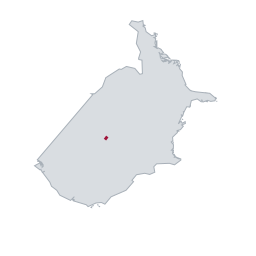 Banner, Nebraska, United States of America (highlighted), rotated 307°
{"feature_id": "52423323B1452936307731", "entity_name": "Banner", "entity_type": "district", "adm_level": 2, "iso_a3": "USA", "parent_name": "United States of America", "parent_adm1": "Nebraska", "projection": "orthographic", "projection_center": [-103.858, 41.546], "detail": "fine", "context": "in_parent", "style": "filled", "palette": "rose", "viewbox_px": 256, "rotation_deg": 307, "n_neighbors": 0, "source": "geoboundaries", "source_scale": "gbopen_adm2", "svg_char_len": 3857}
<svg xmlns="http://www.w3.org/2000/svg" viewBox="0 0 256 256"><g transform="rotate(307 128 128)"><path d="M200.5,83.8L211.1,78.2L211.4,66.7L215.9,66.5L218.7,72.4L222.7,75.2L219.3,78.5L219.6,79.7L218.4,78.7L218.3,81.5L215.8,84.5L215.9,91.4L218.7,93.2L219.9,92.3L219.1,91.4L219.7,91.7L220.3,92.9L217.0,95.3L215.8,94.3L216.1,96.3L212.0,98.4L209.5,102.1L209.4,100.6L208.8,99.9L209.0,103.5L210.1,103.7L210.7,106.6L209.6,111.0L206.5,109.6L207.2,106.9L206.1,109.0L207.5,111.3L208.9,112.3L209.6,113.9L208.4,120.7L208.2,116.8L204.9,114.1L205.3,109.9L203.4,111.8L205.8,116.9L203.1,116.1L202.4,116.5L202.6,114.6L202.4,114.1L202.0,115.6L202.3,116.8L206.3,117.7L205.8,119.0L203.8,117.6L203.1,117.5L205.6,119.1L206.6,119.2L206.5,120.8L205.2,120.1L207.4,121.6L207.1,122.0L206.0,121.2L203.7,121.4L206.9,122.5L208.5,121.9L211.6,126.3L209.0,123.0L210.2,125.3L206.9,125.8L209.8,127.5L210.8,126.4L210.0,129.2L206.7,129.4L208.9,129.9L207.6,131.6L209.7,131.8L206.4,133.5L205.5,137.7L202.5,139.7L197.7,148.1L196.7,147.6L195.5,154.4L195.6,155.9L197.6,160.2L204.9,172.4L204.5,180.0L202.1,181.1L199.0,178.0L198.0,174.9L193.8,172.2L194.8,170.2L193.0,170.7L192.9,165.8L188.0,162.1L181.9,164.7L180.3,162.1L174.0,163.2L174.6,162.0L173.7,163.3L170.9,164.3L170.5,162.2L170.3,163.8L161.6,165.7L165.4,166.2L164.4,168.4L167.5,169.8L166.1,171.1L162.7,169.0L162.7,171.1L158.2,170.9L155.5,168.7L154.1,170.2L147.5,169.1L144.0,172.2L144.9,171.4L142.8,170.9L142.0,174.4L138.2,177.0L139.1,176.2L136.4,176.1L137.4,177.2L134.4,178.9L133.5,182.8L132.0,182.3L133.3,183.2L133.7,186.7L135.1,188.7L134.2,189.5L126.6,187.3L124.7,182.3L116.6,172.4L112.6,171.9L108.8,176.0L104.0,173.3L101.9,168.6L95.8,162.9L88.6,162.6L88.5,164.7L77.1,163.9L62.9,155.9L53.3,155.4L52.5,151.6L48.9,147.6L41.2,143.4L41.6,140.9L36.9,128.1L37.4,127.0L38.4,128.8L38.0,126.1L40.9,126.5L35.6,125.7L33.3,114.0L35.4,108.6L35.4,102.0L37.7,98.2L41.1,86.6L43.5,87.5L41.0,86.3L42.5,83.3L41.6,83.1L41.6,76.1L47.1,78.6L45.1,81.9L47.6,79.8L46.7,82.7L45.2,83.1L46.1,83.4L47.5,82.5L48.6,79.6L48.0,74.7L133.4,79.8L133.2,78.0L135.3,80.8L145.4,82.8L154.9,80.0L169.8,85.5L170.8,87.4L176.2,89.7L179.7,97.6L178.0,105.1L180.1,106.8L190.6,98.3L189.2,95.4L190.1,94.5L196.3,92.3L200.5,83.8ZM213.7,99.3L215.5,98.2L209.6,102.7L214.2,98.2L213.7,99.3ZM47.8,77.6L48.2,79.6L48.0,79.9L47.3,78.3L47.8,77.6ZM134.9,188.1L133.7,185.1L133.7,183.4L134.0,185.2L134.9,188.1ZM219.9,78.5L220.2,79.5L219.9,79.4L219.9,78.5ZM155.7,169.6L155.9,170.3L155.1,169.8L155.7,169.6ZM43.9,146.9L44.9,146.7L45.0,146.8L43.9,146.9ZM43.0,146.4L42.5,146.9L42.3,146.3L43.0,146.4ZM218.7,94.8L218.4,95.6L218.2,95.5L218.7,94.8ZM134.2,181.7L133.7,183.2L134.9,180.4L134.2,181.7ZM202.7,168.4L204.0,170.8L202.4,168.2L202.7,168.4ZM48.4,150.0L48.7,150.9L48.3,150.1L48.4,150.0ZM205.0,180.3L204.3,181.3L205.3,179.2L205.0,180.3ZM212.3,127.9L211.8,129.2L211.7,126.5L212.3,127.9ZM47.4,75.9L47.3,76.5L47.0,76.1L47.4,75.9ZM137.5,177.8L136.1,178.5L137.5,177.6L137.5,177.8ZM220.5,94.3L220.7,94.9L220.1,95.0L220.5,94.3ZM48.1,152.1L48.3,153.1L47.9,152.2L48.1,152.1ZM135.8,179.1L135.2,179.5L135.7,178.9L135.8,179.1ZM209.6,115.1L209.3,116.8L209.6,114.5L209.6,115.1ZM143.6,172.9L142.7,173.5L144.0,172.5L143.6,172.9ZM195.8,155.0L195.9,156.2L195.7,155.4L195.8,155.0ZM210.0,131.9L209.8,132.2L210.4,131.1L210.0,131.9ZM184.1,163.9L183.1,164.7L182.7,164.7L184.1,163.9ZM170.4,164.2L170.3,164.4L169.6,164.5L170.4,164.2ZM196.8,175.3L197.1,176.1L196.6,175.2L196.8,175.3ZM167.8,166.3L167.8,167.0L167.5,165.7L167.8,166.3ZM202.9,182.8L202.3,183.0L203.1,182.6L202.9,182.8ZM210.7,107.1L210.6,107.9L210.7,106.8L210.7,107.1ZM211.3,129.6L211.0,130.0L210.9,130.0L211.3,129.6Z" fill="#d9dde1" stroke="#a8b0b8" stroke-width="1"/><path d="M108.0,115.9L105.6,115.9L105.6,116.1L105.6,116.3L105.6,116.5L105.6,117.2L105.6,117.3L107.7,117.3L108.0,117.3L108.0,117.1L108.0,115.9Z" fill="#f43f5e" stroke="#9f1239" stroke-width="1.5"/></g></svg>